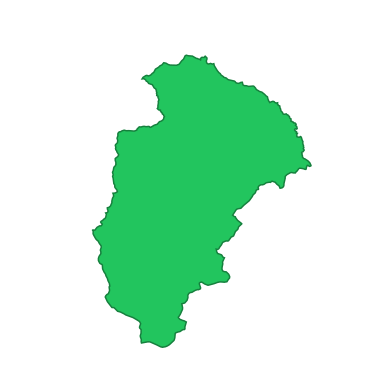 the district of Paucar del Sara Sara, Ayacucho, Peru, rotated 155°
{"feature_id": "86281439B2335634793113", "entity_name": "Paucar del Sara Sara", "entity_type": "district", "adm_level": 2, "iso_a3": "PER", "parent_name": "Peru", "parent_adm1": "Ayacucho", "projection": "albers", "projection_center": [-73.322, -15.115], "detail": "fine", "context": "isolated", "style": "filled", "palette": "green", "viewbox_px": 384, "rotation_deg": 155, "n_neighbors": 0, "source": "geoboundaries", "source_scale": "gbopen_adm2", "svg_char_len": 6001}
<svg xmlns="http://www.w3.org/2000/svg" viewBox="0 0 384 384"><g transform="rotate(155 192 192)"><path d="M189.4,315.6L187.8,315.0L187.3,314.4L186.6,313.0L186.6,311.8L185.7,310.7L185.4,308.7L182.6,306.0L182.3,302.4L181.3,300.7L181.5,298.8L181.9,297.9L181.8,297.0L182.5,296.4L182.5,295.2L183.0,294.8L183.2,294.4L182.3,293.1L182.8,292.3L183.0,289.5L184.3,288.4L184.8,287.0L186.5,284.5L187.1,283.0L188.2,282.3L187.5,280.5L186.1,279.6L186.4,279.2L186.4,278.7L186.0,277.9L186.2,277.3L185.6,276.0L185.9,275.3L185.2,274.1L185.4,273.0L185.1,272.0L186.1,271.3L187.2,269.9L189.2,269.3L190.6,269.3L191.3,269.5L192.4,269.3L194.8,268.1L198.0,268.5L201.8,268.1L202.8,268.4L202.9,269.1L203.4,269.7L206.0,270.6L207.7,271.8L209.4,272.3L210.5,272.4L212.3,273.3L215.1,272.3L216.0,271.4L218.6,271.6L223.3,274.3L225.5,275.2L227.4,276.7L229.7,277.0L231.1,276.8L232.5,277.2L233.5,277.0L234.6,276.1L235.4,274.3L237.2,272.4L237.5,270.2L238.7,268.2L241.3,267.2L241.8,266.7L242.2,264.6L242.9,263.8L243.2,262.5L242.9,261.3L243.1,259.9L242.7,257.1L243.1,256.4L244.3,255.5L246.7,255.0L247.5,254.7L248.3,252.8L248.4,251.2L249.0,250.0L249.1,249.2L249.6,249.0L250.2,248.2L251.7,247.8L252.8,246.9L254.3,244.7L255.7,243.5L256.2,240.7L257.3,239.9L257.6,238.0L259.3,232.6L259.1,230.8L259.7,229.6L259.9,228.6L259.2,225.5L259.5,223.8L261.8,223.5L264.2,224.3L264.2,223.4L264.8,221.3L266.7,219.9L268.5,217.6L269.0,216.3L271.9,213.7L273.8,213.2L275.4,213.5L275.9,212.3L275.9,211.0L276.4,209.8L277.4,209.1L279.1,209.5L279.0,208.2L279.2,207.8L280.9,205.5L282.2,204.7L283.4,204.7L285.1,204.0L286.6,203.9L287.5,203.4L287.5,202.5L286.9,201.3L287.1,200.5L288.8,199.7L290.1,200.4L293.0,200.1L296.1,198.5L296.8,198.7L297.8,199.5L298.2,199.4L298.1,198.3L299.3,195.9L299.3,194.1L299.0,190.1L298.4,188.3L297.8,187.2L297.7,184.5L297.1,181.6L297.7,180.1L299.6,178.1L299.9,176.3L300.7,174.6L302.9,173.3L304.1,172.3L305.0,171.2L305.8,169.3L305.7,166.5L305.2,165.5L304.4,164.7L304.1,163.8L305.5,160.1L305.5,156.4L305.1,154.5L305.4,152.0L305.2,149.7L305.6,147.0L305.5,144.2L306.3,141.4L307.0,141.2L307.4,140.5L308.2,137.9L308.7,137.1L310.8,135.2L312.6,135.0L314.1,134.3L315.0,133.5L315.0,128.3L313.4,121.2L311.5,120.1L309.8,115.3L307.6,113.5L304.9,110.1L304.0,108.6L298.5,103.1L296.0,99.5L294.5,97.2L294.2,96.2L294.2,94.3L296.3,92.2L296.8,91.4L296.9,90.8L296.3,88.8L297.9,85.5L299.7,83.5L300.0,82.5L300.3,79.8L301.4,77.7L301.6,76.5L295.4,74.9L293.4,73.9L288.6,68.4L285.9,65.0L284.4,63.8L281.4,63.0L279.4,62.9L276.9,63.2L272.3,64.7L271.1,65.1L270.3,65.8L269.2,67.1L267.0,70.9L266.4,71.2L264.1,71.1L261.9,70.6L258.8,71.1L257.7,70.9L257.2,70.6L256.7,70.6L256.1,71.2L255.5,72.7L252.1,76.6L253.5,78.5L254.8,79.6L256.8,81.8L257.5,83.9L257.0,84.6L256.1,84.9L254.2,86.2L250.2,89.7L249.4,91.2L248.5,95.0L245.5,94.5L242.3,95.9L240.4,97.9L239.4,100.2L238.2,101.1L237.0,101.6L235.6,101.5L234.5,101.1L230.5,101.5L228.2,101.2L227.4,100.7L225.3,100.7L224.7,101.6L224.2,105.7L223.7,106.4L222.7,106.6L221.3,106.3L219.4,103.3L217.1,100.9L216.4,100.6L210.7,99.6L207.1,99.3L205.3,98.9L204.0,98.4L200.8,96.6L198.3,95.9L196.3,97.2L194.3,98.2L193.6,99.4L193.5,101.9L194.7,105.1L196.7,106.4L197.5,107.5L197.5,109.3L196.6,111.0L194.5,113.8L193.9,115.7L190.4,118.7L191.4,119.7L191.7,122.2L192.0,122.8L194.7,125.4L194.9,127.1L194.2,130.0L193.5,129.4L192.8,129.1L191.6,129.3L190.1,130.4L187.6,131.7L185.8,133.2L185.1,133.4L181.9,133.3L180.2,132.4L179.4,132.4L175.3,134.7L173.9,134.5L172.8,134.7L169.4,137.8L166.3,138.8L164.4,140.8L160.5,142.0L160.3,142.2L160.6,143.0L162.7,147.1L163.3,150.0L163.2,151.2L164.0,151.8L165.0,153.8L159.6,157.2L158.4,157.5L157.5,157.4L154.6,156.6L150.6,158.1L143.8,159.9L139.3,162.4L138.0,163.5L135.0,164.5L133.0,166.5L131.7,166.6L130.7,166.3L130.4,166.8L130.1,168.4L128.8,169.2L126.8,169.5L124.9,168.7L123.6,168.5L120.8,169.0L117.8,168.2L116.9,167.6L114.9,168.0L112.5,165.7L111.8,163.2L110.5,160.7L110.6,158.2L108.7,157.7L107.0,158.1L106.1,158.9L105.1,160.8L101.8,165.0L101.0,166.7L98.8,167.6L94.8,167.9L93.7,167.7L91.9,166.4L90.2,165.6L88.9,166.4L87.9,166.6L85.5,168.0L84.5,168.1L83.5,167.6L81.2,166.0L80.0,164.8L79.3,164.4L78.8,164.6L77.9,166.0L76.3,167.4L75.7,167.2L74.8,165.6L73.6,165.4L73.1,165.5L72.9,165.8L72.9,168.7L73.8,171.3L75.8,174.5L76.6,175.1L77.1,176.9L76.6,178.1L76.6,179.3L76.1,179.9L76.1,181.2L75.5,181.6L74.2,181.6L72.6,182.6L72.9,184.2L71.9,184.9L71.8,186.1L71.3,187.0L71.3,188.3L70.8,189.8L70.1,191.0L70.3,192.0L69.8,195.4L70.0,196.1L70.4,196.5L71.3,196.2L71.9,196.4L73.3,197.5L73.6,197.9L72.6,200.0L71.7,200.6L72.6,201.3L71.8,202.2L72.7,204.0L72.8,204.9L71.9,205.6L71.3,205.5L70.6,204.8L69.9,205.0L69.4,207.2L70.1,208.7L69.8,209.0L69.1,209.2L69.0,209.6L69.5,211.1L70.6,211.6L70.6,212.5L71.3,212.9L71.6,213.8L72.4,214.2L72.4,214.5L71.9,215.2L71.4,216.5L72.0,217.2L72.1,218.3L71.8,219.3L72.5,220.7L72.5,221.3L73.3,222.0L73.6,223.0L74.9,223.2L76.0,223.7L76.5,224.4L76.4,225.9L77.1,228.0L76.6,229.9L76.7,230.9L76.1,232.9L77.2,234.1L77.1,234.9L77.4,235.4L76.7,236.7L78.0,237.0L79.1,238.1L79.4,239.2L80.3,240.0L82.2,240.3L83.7,240.2L84.0,242.0L83.9,244.2L83.4,246.4L84.3,247.9L84.9,249.8L86.5,253.0L88.2,254.5L90.4,257.7L90.5,259.3L91.2,261.6L91.8,262.2L96.1,263.8L97.9,265.4L99.4,266.1L100.3,267.1L100.5,267.8L100.0,270.2L101.4,270.7L103.5,270.6L105.2,271.6L106.0,272.5L106.3,273.9L106.8,274.7L111.1,278.0L112.1,279.0L112.7,280.7L114.8,282.7L114.8,283.3L116.2,285.7L116.4,287.4L117.1,288.6L117.8,291.3L118.4,297.0L118.0,299.1L119.5,299.3L120.8,300.7L122.7,300.9L123.6,301.6L124.1,302.6L123.7,304.7L122.4,306.0L121.8,307.1L122.6,309.5L122.9,309.5L123.8,308.9L124.2,308.9L126.0,309.8L126.6,309.9L127.9,309.3L128.2,308.1L128.4,308.0L128.9,308.9L130.1,309.9L130.7,310.7L131.6,311.3L134.2,315.0L137.7,317.0L139.4,318.4L140.7,318.3L143.5,316.0L146.0,315.2L149.7,313.2L152.4,313.4L158.2,316.3L159.7,317.6L161.1,319.7L163.0,321.1L165.5,319.9L167.7,319.9L169.6,319.2L173.2,318.8L175.8,316.8L176.9,316.4L177.6,316.4L180.2,315.4L182.5,315.6L183.6,316.8L184.8,317.0L187.9,316.6L189.4,315.6Z" fill="#22c55e" stroke="#15803d" stroke-width="1.5"/></g></svg>